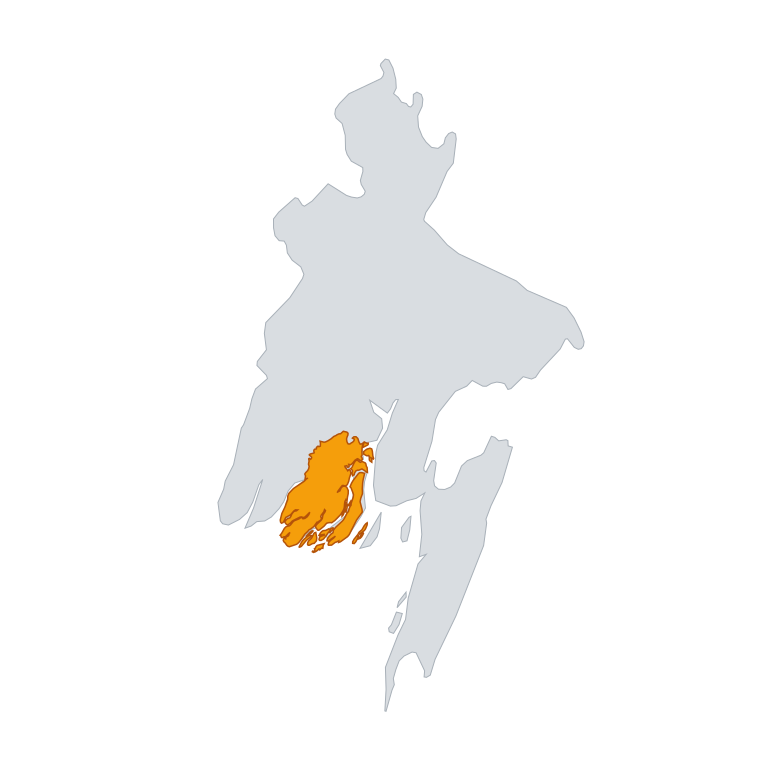 Barisal highlighted on a map of Bangladesh, rotated 27°
{"feature_id": "BGD-2475", "entity_name": "Barisal", "entity_type": "Division", "adm_level": 1, "iso_a3": "BGD", "parent_name": "Bangladesh", "parent_adm1": "", "projection": "equal_earth", "projection_center": [90.394, 22.436], "detail": "fine", "context": "in_parent", "style": "filled", "palette": "amber", "viewbox_px": 768, "rotation_deg": 27, "n_neighbors": 0, "source": "natural_earth", "source_scale": "10m", "svg_char_len": 9848}
<svg xmlns="http://www.w3.org/2000/svg" viewBox="0 0 768 768"><g transform="rotate(27 384 384)"><path d="M286.6,542.6L286.6,524.2L276.9,488.1L277.4,484.1L275.4,466.7L273.0,457.1L271.8,446.8L277.7,432.1L275.4,429.7L262.4,425.2L260.9,421.4L263.7,406.9L254.4,393.2L250.8,382.9L260.9,349.9L263.5,327.0L262.8,322.6L256.7,317.4L246.0,315.4L238.4,311.1L234.0,304.6L230.2,302.0L225.5,303.9L219.6,301.4L214.7,295.0L210.6,287.1L212.2,278.6L220.2,258.4L223.1,257.8L229.9,261.7L232.4,261.7L236.9,253.7L243.3,231.0L265.0,233.0L270.2,232.2L275.7,230.4L278.7,227.6L280.3,223.9L279.8,220.8L273.1,216.5L270.5,213.3L268.7,204.2L266.8,200.8L253.7,200.3L246.9,196.2L243.2,192.4L236.6,180.1L228.4,170.9L220.6,168.8L217.6,165.8L216.0,161.1L217.0,154.3L221.0,141.3L242.7,113.2L243.3,110.1L242.5,106.5L236.2,102.0L235.8,99.8L237.6,93.9L241.2,93.1L248.6,98.5L256.1,107.1L260.6,114.8L260.7,120.9L266.6,122.2L271.5,124.9L276.6,124.0L279.9,125.6L282.1,125.0L282.9,121.5L278.7,112.6L280.8,109.0L285.8,109.1L289.3,112.5L291.9,119.3L292.3,129.8L298.1,139.4L305.8,146.2L311.7,149.4L319.0,151.6L325.2,149.5L328.3,142.8L326.9,136.8L327.9,131.5L330.4,128.5L334.2,128.7L337.1,132.9L345.5,155.8L343.7,166.0L345.6,193.9L343.4,212.3L344.7,219.3L346.1,220.6L358.9,224.0L377.3,231.4L391.4,234.1L455.2,232.1L469.1,235.6L511.7,232.9L523.3,238.8L536.0,248.3L543.1,255.5L544.4,259.5L543.7,263.0L541.3,264.9L536.9,265.0L526.9,260.4L525.2,261.7L525.1,272.8L517.1,300.6L516.0,309.2L513.2,312.6L504.7,314.3L499.2,330.5L496.9,332.6L491.4,329.0L487.9,329.6L483.6,331.1L479.3,334.8L476.3,339.5L473.0,341.1L461.0,340.8L458.7,348.3L450.9,358.2L445.6,384.3L446.0,392.3L452.7,413.2L457.4,440.4L459.1,443.1L461.4,443.4L461.5,430.9L463.7,429.3L466.4,430.7L472.1,447.5L475.3,451.8L480.3,453.0L486.0,450.4L490.2,445.5L491.9,440.2L490.3,421.9L493.0,414.5L502.7,403.4L504.1,400.0L503.4,381.8L507.0,381.2L512.0,382.6L518.2,378.2L520.1,378.2L522.7,382.8L527.1,382.0L533.9,418.2L534.6,443.9L536.2,458.1L538.6,461.3L546.1,482.7L553.4,558.1L554.5,606.1L557.4,622.4L555.0,626.1L552.7,626.8L550.4,621.1L534.6,608.9L530.7,610.1L525.4,617.2L523.2,623.8L524.2,633.0L526.0,642.1L529.7,647.3L530.1,653.1L534.4,674.7L533.2,674.9L524.5,655.2L513.9,635.8L510.4,601.1L510.1,584.0L502.8,563.9L496.0,528.9L498.9,516.6L493.9,521.9L486.0,500.9L473.6,480.4L470.0,471.4L469.8,462.5L464.5,471.4L457.3,477.7L450.0,487.0L445.1,489.9L429.6,491.6L420.6,479.0L407.8,448.3L406.1,441.4L407.7,423.4L404.7,406.3L403.8,391.3L401.5,392.6L400.6,396.8L401.1,403.1L400.2,408.4L378.6,404.9L387.8,413.9L397.7,416.0L402.8,424.0L403.2,437.4L393.4,445.5L394.3,452.2L399.9,460.5L393.1,462.8L391.3,468.3L391.1,476.0L395.9,487.8L395.1,492.5L403.2,507.9L404.8,515.4L402.8,525.9L385.1,547.2L380.0,562.2L375.7,569.3L370.2,570.6L363.6,563.5L363.5,556.1L364.9,550.3L374.1,536.2L369.1,538.1L354.8,549.7L352.1,540.3L350.3,531.5L350.3,520.8L357.2,504.8L349.4,512.8L347.2,522.8L348.1,534.5L347.1,542.8L344.0,553.7L339.9,560.2L333.1,564.4L330.1,570.9L325.6,575.6L324.1,553.7L319.3,524.1L318.2,530.5L320.7,548.8L320.5,560.7L316.8,570.2L309.4,580.3L303.7,581.8L300.3,580.2L289.8,564.9L288.9,550.5L286.6,542.6ZM417.0,543.0L403.9,546.6L397.2,545.4L409.6,518.9L409.2,507.0L407.3,497.3L400.9,489.5L400.6,484.0L397.7,476.4L396.2,467.5L403.3,464.7L409.0,469.8L411.0,479.8L413.9,487.4L423.8,503.0L423.6,512.5L420.9,535.8L417.0,543.0ZM445.2,534.3L437.2,541.4L439.7,499.4L445.7,515.0L447.2,523.4L445.2,534.3ZM475.7,513.3L472.3,516.3L469.0,513.7L464.8,503.9L466.8,491.4L468.1,489.6L473.2,502.4L475.7,513.3ZM505.7,601.9L501.1,602.4L498.9,599.4L499.9,595.2L498.6,581.6L504.5,580.2L506.6,591.6L505.7,601.9ZM500.5,563.8L497.2,577.4L495.8,571.3L498.1,559.4L500.5,563.8ZM406.7,454.6L408.0,459.0L400.7,453.4L398.7,449.4L402.0,447.3L406.7,454.6Z" fill="#d9dde1" stroke="#a8b0b8" stroke-width="1"/><path d="M392.2,445.9L392.6,448.1L393.6,451.3L395.0,454.3L396.5,456.8L396.7,457.3L396.6,458.4L396.8,459.2L397.6,459.4L398.7,460.7L399.0,461.4L398.6,462.3L397.5,463.0L395.3,462.5L394.2,462.6L392.8,464.9L392.1,468.2L391.2,471.0L389.1,471.6L390.3,473.0L390.0,474.3L389.0,474.8L388.0,473.6L386.4,475.0L387.5,476.0L389.7,476.9L391.1,477.8L391.8,476.0L393.1,476.3L394.4,477.7L395.2,479.2L395.8,483.4L396.7,486.6L397.0,490.2L396.8,490.9L396.0,492.1L395.4,492.5L393.6,492.9L392.9,493.4L392.5,494.9L391.6,500.5L391.6,502.1L391.9,501.0L393.2,499.3L393.0,496.3L393.2,495.2L393.9,493.8L395.1,493.0L396.4,492.7L397.8,493.0L400.5,495.1L401.9,498.0L402.8,501.4L404.1,504.9L402.5,504.1L402.5,506.4L403.1,508.3L404.6,511.9L405.0,513.9L405.0,516.0L404.6,520.2L402.2,527.9L400.4,531.4L398.9,531.9L396.9,533.3L396.1,534.1L395.1,538.0L393.0,542.7L392.3,543.9L391.4,544.3L389.1,543.3L388.0,542.4L387.5,541.6L388.0,539.1L389.8,534.3L390.1,531.9L389.2,529.0L389.1,527.7L389.5,524.5L389.3,523.3L388.0,522.9L388.4,525.0L387.6,529.4L387.8,530.9L389.3,532.2L389.5,533.2L389.4,534.0L388.3,535.8L387.9,537.6L387.2,537.3L387.0,537.5L386.2,542.9L384.5,546.4L383.3,548.2L383.0,550.0L381.6,553.7L380.9,559.4L380.2,563.2L379.6,565.1L378.9,566.5L373.6,571.9L372.2,572.2L370.7,571.9L367.8,570.4L366.5,570.1L365.3,569.2L364.9,567.6L365.4,566.3L366.7,566.6L366.2,565.2L366.6,564.2L367.4,563.3L367.8,562.1L367.4,560.0L367.8,558.9L367.0,560.2L365.7,564.3L365.0,565.2L364.2,565.5L363.3,566.9L362.6,567.3L362.0,567.1L361.0,566.1L360.1,566.0L360.6,563.3L360.8,557.8L361.6,555.5L364.1,553.3L364.7,552.0L365.5,548.0L366.2,546.5L369.3,543.0L370.7,540.6L371.3,540.2L373.0,540.9L374.6,539.6L375.8,537.3L376.3,534.6L376.1,531.9L374.7,536.3L373.8,538.6L372.7,539.6L370.7,539.9L369.5,540.8L365.0,546.9L364.4,547.9L363.8,550.1L362.6,552.7L362.2,553.2L361.1,553.4L360.4,553.2L358.0,552.0L358.4,550.6L358.5,549.1L359.1,547.9L360.9,546.0L361.1,544.4L360.9,541.4L361.5,538.7L362.2,537.8L363.7,536.6L364.2,535.4L362.2,536.3L361.3,538.1L360.1,543.0L357.0,547.5L357.1,552.1L356.9,553.4L355.8,554.6L354.5,554.0L353.3,552.3L351.8,545.8L351.6,538.3L351.0,534.1L350.8,531.6L350.6,530.6L349.2,527.7L348.9,525.3L349.0,524.2L350.8,518.2L357.0,507.0L358.1,503.4L359.1,502.4L356.8,504.5L355.8,501.5L354.3,500.2L354.4,498.8L355.3,495.8L355.3,493.5L354.7,491.4L353.1,489.7L352.2,486.6L350.9,484.9L350.9,484.5L351.3,484.1L352.8,484.4L353.1,483.4L353.0,482.7L352.6,482.0L352.0,481.7L350.1,481.4L349.6,481.1L349.6,480.6L350.3,479.6L352.9,477.3L353.0,476.9L351.8,475.5L351.6,474.2L351.9,473.5L353.0,472.8L353.2,472.4L352.6,471.2L353.2,469.6L353.5,469.3L354.4,469.4L355.5,468.3L354.1,465.3L353.0,464.0L356.9,463.1L358.0,462.4L359.8,460.1L361.7,456.9L363.1,453.5L364.6,451.7L365.2,450.5L366.5,448.9L367.9,448.0L369.2,444.6L372.8,443.7L374.3,444.2L375.0,445.8L375.2,448.4L375.6,450.0L377.1,452.2L379.0,453.6L380.1,453.4L380.9,452.8L381.7,451.1L382.3,450.4L382.9,448.8L382.9,447.1L382.3,446.5L381.1,446.7L380.4,446.6L381.0,444.9L381.9,444.3L383.0,443.7L385.4,444.4L388.2,447.2L390.1,448.4L391.4,447.4L392.2,445.9ZM416.1,499.7L421.3,505.6L422.8,508.0L421.3,517.7L421.4,534.0L420.8,536.6L416.8,544.4L415.5,545.8L414.9,544.3L413.2,546.6L412.5,547.1L410.5,551.3L407.9,552.8L407.2,552.6L406.6,550.4L407.4,547.5L408.9,544.5L409.8,541.6L405.5,549.3L404.3,549.6L403.8,547.6L404.2,544.7L405.0,541.8L406.1,539.6L405.3,537.3L406.0,533.6L409.1,525.1L409.5,523.4L409.7,521.5L409.7,515.5L410.2,513.8L409.6,510.8L409.4,508.8L409.7,507.0L408.9,505.1L408.0,499.0L407.1,496.5L405.9,495.2L401.7,491.4L400.4,491.0L400.1,487.3L400.3,483.8L401.9,475.4L402.4,474.3L403.3,473.6L404.6,473.0L407.3,472.4L408.9,478.9L409.9,481.8L412.3,487.4L413.4,489.2L414.6,491.6L415.2,496.5L416.1,499.7ZM406.9,466.1L409.4,470.3L408.2,470.5L405.7,469.9L402.9,469.7L400.7,472.2L399.5,472.8L398.4,474.2L398.2,476.7L398.6,478.3L397.6,480.0L395.9,477.8L395.5,475.8L394.7,475.2L392.7,474.4L393.3,473.2L393.2,467.7L393.4,465.9L394.0,464.5L395.0,464.0L397.6,464.6L398.8,464.4L399.3,463.0L403.0,462.8L404.0,463.3L405.6,465.3L406.9,466.1ZM408.6,455.7L406.0,455.7L407.6,457.2L408.6,459.2L406.3,458.9L405.6,458.5L405.0,457.7L404.1,455.7L403.5,455.0L402.7,454.7L401.5,455.7L400.6,455.8L397.8,455.7L396.6,453.4L398.1,450.1L400.6,447.6L402.5,447.4L404.1,449.1L406.9,453.4L408.6,455.0L408.6,455.7ZM399.4,545.8L398.9,545.1L395.7,547.5L395.3,548.5L394.8,548.5L394.9,546.1L395.4,543.9L396.3,542.3L398.5,540.9L400.6,538.1L401.5,538.1L403.0,535.9L403.9,535.3L404.6,535.4L403.1,541.6L403.0,540.0L402.5,538.8L401.7,542.3L401.2,546.2L400.5,549.6L398.9,552.0L397.5,552.6L396.7,552.1L396.4,551.0L396.3,549.6L396.7,548.7L399.4,545.8ZM390.6,547.2L394.0,551.7L395.0,554.4L394.2,557.6L392.6,558.8L390.9,561.4L389.6,562.1L388.6,561.5L388.1,560.0L388.0,558.2L389.4,554.5L389.5,552.3L389.4,549.1L389.6,548.2L390.6,547.2ZM403.1,553.4L403.1,555.5L404.1,558.2L402.9,558.6L402.1,560.9L401.5,560.4L401.0,560.4L400.3,562.4L399.1,564.6L397.6,566.1L396.3,566.0L396.3,565.2L398.4,564.5L397.4,562.9L396.8,562.4L397.3,561.7L397.2,560.0L397.7,558.2L403.1,553.4ZM383.3,558.2L385.0,554.4L386.3,552.6L388.0,552.0L387.8,554.2L385.9,558.3L384.1,566.2L383.3,567.3L382.6,567.9L382.3,567.6L382.3,562.9L382.6,560.5L383.3,558.2ZM430.2,529.1L429.0,528.5L429.2,527.0L430.5,523.9L430.7,519.3L431.2,516.9L432.0,515.3L432.5,516.0L433.0,517.5L433.3,521.5L433.0,523.5L430.2,529.1ZM429.4,531.3L429.8,530.6L430.1,530.5L430.5,531.9L430.5,537.4L429.9,539.7L428.4,540.2L427.7,538.7L427.8,535.8L428.9,530.5L429.4,531.3ZM405.0,509.0L404.6,508.6L403.7,508.6L403.5,507.3L403.7,506.7L404.1,506.4L404.6,506.6L406.1,508.3L407.2,510.8L408.0,513.6L408.2,516.0L407.1,513.2L406.6,515.0L407.1,519.0L406.6,520.8L406.2,519.9L406.1,516.6L406.6,516.6L405.0,509.0ZM396.8,443.9L397.3,444.9L397.2,445.7L394.3,449.7L393.7,450.1L392.7,444.6L395.6,444.6L396.8,443.9ZM432.0,533.2L432.0,527.8L432.5,525.8L433.5,526.4L433.6,528.2L433.4,530.4L432.8,532.3L432.0,533.2ZM387.5,547.2L387.0,549.7L384.9,552.8L384.4,554.8L383.9,554.8L385.3,549.7L386.5,547.4L387.5,547.2ZM407.1,509.0L407.6,503.1L408.2,503.4L408.5,504.5L408.6,507.6L407.1,509.0Z" fill="#f59e0b" stroke="#b45309" stroke-width="1.5"/></g></svg>